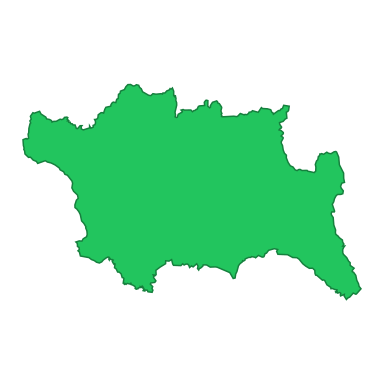 Yamethin, Mandalay, Myanmar (orthographic projection)
{"feature_id": "60261553B80519287808549", "entity_name": "Yamethin", "entity_type": "district", "adm_level": 2, "iso_a3": "MMR", "parent_name": "Myanmar", "parent_adm1": "Mandalay", "projection": "orthographic", "projection_center": [96.12, 20.484], "detail": "fine", "context": "isolated", "style": "filled", "palette": "green", "viewbox_px": 384, "rotation_deg": 0, "n_neighbors": 0, "source": "geoboundaries", "source_scale": "gbopen_adm2", "svg_char_len": 5981}
<svg xmlns="http://www.w3.org/2000/svg" viewBox="0 0 384 384"><path d="M80.4,256.0L89.0,257.6L91.4,259.5L94.3,260.6L96.5,262.2L99.4,263.0L101.7,261.9L103.4,259.9L106.2,257.9L107.7,257.1L108.9,257.1L109.7,258.1L109.0,258.0L108.9,259.5L109.2,259.9L109.3,259.1L109.8,258.8L111.4,259.8L112.1,259.5L113.2,260.1L112.3,261.5L113.5,263.7L114.3,263.7L114.2,264.3L115.0,264.2L114.5,267.7L116.3,269.1L117.6,272.0L119.3,272.2L121.1,273.8L122.2,277.6L123.5,277.9L123.9,278.5L123.2,283.1L124.1,283.2L124.1,284.0L124.6,284.4L125.6,283.7L126.1,284.3L127.2,283.4L130.2,284.1L130.5,283.3L131.0,283.3L131.2,284.6L132.4,284.9L134.9,286.4L135.5,287.9L135.2,288.5L136.2,289.2L138.1,288.7L138.3,287.9L140.5,287.5L140.3,286.8L141.1,287.2L141.3,286.6L142.3,287.7L142.7,286.6L144.0,288.9L143.1,290.6L144.8,291.0L144.9,290.0L147.2,290.2L148.0,291.8L152.1,292.3L152.9,290.2L152.0,288.5L152.7,286.6L150.3,284.1L150.8,283.0L154.8,282.4L155.9,280.9L153.6,277.6L153.7,275.8L153.2,274.9L154.3,275.0L154.9,275.8L156.1,274.7L155.9,270.3L160.1,267.1L165.6,263.7L165.7,260.8L169.0,261.1L171.6,259.6L172.7,264.0L173.5,265.3L180.9,265.6L182.7,263.8L184.1,265.0L185.9,264.1L187.6,264.1L188.8,265.3L189.6,267.5L191.5,265.9L193.1,266.9L196.7,263.8L198.0,266.0L197.5,268.5L198.7,270.0L199.3,268.6L200.7,268.0L202.8,266.2L203.2,264.9L206.5,264.9L210.2,267.1L215.5,266.9L217.2,267.2L229.8,272.6L233.2,278.5L235.1,278.0L235.7,274.0L236.9,271.6L238.5,265.7L240.0,263.7L242.3,261.9L242.6,260.7L243.4,261.1L244.9,260.2L245.2,258.9L248.7,257.4L250.8,257.4L251.5,256.6L254.8,257.2L255.6,257.8L258.4,255.4L262.1,257.1L263.3,257.0L264.0,256.6L265.1,253.6L266.5,253.1L268.6,250.3L274.3,248.7L277.7,249.5L276.6,251.4L277.9,254.3L287.6,254.7L292.7,257.5L296.9,257.7L299.1,259.2L302.8,263.8L305.7,266.1L309.3,268.3L312.6,268.2L314.8,270.3L315.0,273.4L315.6,275.1L316.8,275.3L322.4,280.2L323.1,279.8L324.7,280.5L326.9,284.8L330.8,287.4L330.9,288.7L332.9,288.6L334.6,289.5L337.0,289.8L336.9,290.7L335.5,291.8L336.1,292.7L337.4,292.1L337.8,293.1L339.8,292.5L340.8,293.3L340.3,294.9L340.6,295.9L344.3,294.4L344.1,295.9L346.4,299.5L347.7,298.1L349.8,297.0L353.2,293.1L355.8,294.2L356.4,294.0L361.0,288.8L359.1,286.4L358.5,283.7L356.8,280.3L355.8,275.4L353.6,272.3L352.2,271.6L352.4,270.3L354.1,268.2L350.2,265.4L350.1,262.6L348.6,261.2L346.7,257.6L343.4,254.3L342.8,252.8L342.7,249.7L343.6,247.5L344.7,246.0L342.7,246.1L343.9,244.1L342.7,242.2L342.4,240.0L339.3,237.7L338.1,236.1L335.8,234.3L335.4,232.4L335.6,230.0L333.8,225.0L333.2,217.5L331.5,215.0L331.2,213.3L331.9,211.9L334.3,211.9L334.6,211.2L332.3,204.3L333.7,201.9L334.5,198.7L335.4,197.0L336.3,195.5L337.6,194.5L340.9,194.4L342.8,193.7L343.3,190.9L341.2,188.1L340.6,186.2L341.9,183.1L344.5,182.4L343.7,178.4L343.6,173.1L339.4,164.8L338.7,157.1L336.6,152.1L335.8,151.5L334.1,151.8L331.0,153.7L328.6,153.3L326.8,152.2L323.6,154.3L321.6,153.6L320.6,154.1L320.0,153.9L319.4,155.9L318.4,156.4L317.8,159.7L316.5,161.0L315.3,164.5L315.9,167.2L315.7,171.1L314.2,172.6L307.6,171.1L307.1,170.4L302.0,170.5L300.0,169.4L298.5,169.6L297.1,170.6L295.2,169.9L293.0,167.0L290.3,165.8L288.1,162.4L286.3,157.8L286.4,155.2L284.4,153.2L283.2,150.0L282.5,145.5L281.4,143.4L281.2,141.9L283.1,138.4L283.1,137.5L281.1,136.0L283.3,133.7L283.3,132.5L281.0,130.5L279.1,129.9L280.1,128.6L281.3,128.0L281.6,127.1L279.7,124.3L279.5,122.6L283.1,121.4L285.4,118.9L286.9,118.2L286.3,112.2L287.8,111.5L288.6,110.3L289.2,106.2L283.7,105.3L282.5,108.4L280.9,109.1L279.9,110.5L278.4,110.6L273.4,114.2L273.1,113.0L271.9,112.4L270.7,109.7L267.4,108.8L262.5,108.5L261.4,107.6L258.2,112.3L252.4,110.7L251.5,111.8L249.0,112.3L248.8,113.2L246.9,114.7L245.0,114.4L244.2,114.9L240.3,113.5L237.5,116.4L236.4,116.6L233.8,116.2L222.7,116.8L221.6,116.5L221.9,116.0L221.2,114.2L221.9,113.6L220.9,111.0L221.7,107.7L221.5,106.9L219.4,103.7L217.6,102.8L217.6,101.9L216.7,100.9L212.5,102.3L210.4,105.6L210.5,107.1L209.7,107.8L207.8,106.3L207.9,100.6L206.6,100.2L205.7,100.4L204.3,102.3L204.6,105.5L199.6,105.9L198.4,106.4L197.1,109.2L196.2,109.4L195.1,110.4L193.9,110.6L192.4,111.7L190.9,110.0L184.4,110.1L183.1,109.5L181.1,110.1L182.3,111.3L182.0,112.2L178.2,114.3L177.3,117.2L176.3,117.5L175.1,116.8L175.6,115.1L175.0,112.3L176.7,105.2L176.6,102.6L175.8,100.4L176.0,98.0L174.8,96.8L175.5,96.7L175.6,96.2L175.3,95.7L173.7,95.4L173.7,91.2L172.4,88.0L171.5,88.9L170.2,89.0L170.0,88.7L169.0,90.1L166.9,90.8L164.9,93.0L162.9,93.0L162.5,94.0L161.1,93.7L156.0,94.2L152.9,93.7L150.9,95.6L148.7,95.3L142.6,91.8L141.3,88.8L139.6,87.4L138.7,85.3L136.4,84.7L134.8,85.8L133.2,86.0L130.6,84.5L127.9,84.6L125.9,86.7L124.4,89.6L120.5,91.1L120.0,93.4L118.5,94.3L118.2,98.5L116.7,99.3L115.8,102.6L113.2,102.1L111.9,103.1L111.0,104.6L110.7,106.2L105.9,107.3L104.8,109.3L103.6,113.1L102.2,112.6L101.0,112.7L98.2,114.8L97.9,117.8L96.6,119.3L94.6,119.5L95.4,121.1L95.5,123.0L94.9,124.7L93.1,125.4L93.3,127.1L90.9,128.2L89.6,126.0L89.6,127.9L83.3,129.9L81.3,128.9L81.2,126.6L81.9,125.7L80.1,125.7L77.6,128.6L76.3,128.4L75.1,125.0L73.0,124.9L72.4,123.9L70.5,123.6L70.3,122.3L68.8,122.2L68.8,121.1L67.8,120.9L68.6,120.4L67.1,119.2L67.8,117.6L66.9,117.1L64.4,117.4L63.6,118.8L61.8,119.6L60.1,119.2L56.3,121.3L53.5,121.4L52.0,122.1L51.5,120.6L49.6,119.5L46.6,118.9L45.8,117.1L41.0,114.0L39.6,111.3L34.2,113.2L32.9,112.7L30.4,116.3L31.2,119.2L29.9,120.9L30.7,123.0L30.0,123.8L28.9,128.4L28.7,132.7L28.1,134.1L28.6,138.3L27.0,139.1L26.3,138.5L25.5,138.7L23.0,139.7L23.4,145.6L24.1,148.0L23.8,149.4L24.6,150.9L25.0,154.0L28.5,157.4L30.5,157.2L33.2,160.1L36.4,161.4L37.7,163.4L45.3,160.7L47.3,162.0L51.2,163.0L55.2,165.0L59.3,168.0L60.1,169.8L63.7,171.8L64.9,174.3L67.4,175.2L72.0,181.1L72.6,183.3L71.9,187.9L73.6,191.3L77.5,195.0L78.2,198.4L76.4,200.2L74.9,204.9L75.0,207.6L76.8,209.0L78.8,211.6L80.3,214.6L81.6,220.9L83.9,223.4L85.9,226.8L85.7,227.9L86.9,230.9L87.2,234.4L86.6,236.7L83.2,238.8L81.9,241.1L79.2,240.9L75.9,242.0L77.3,243.4L77.5,246.5L79.0,247.4L79.3,249.5L78.0,250.8L79.4,252.0L80.4,256.0Z" fill="#22c55e" stroke="#15803d" stroke-width="1.5"/></svg>